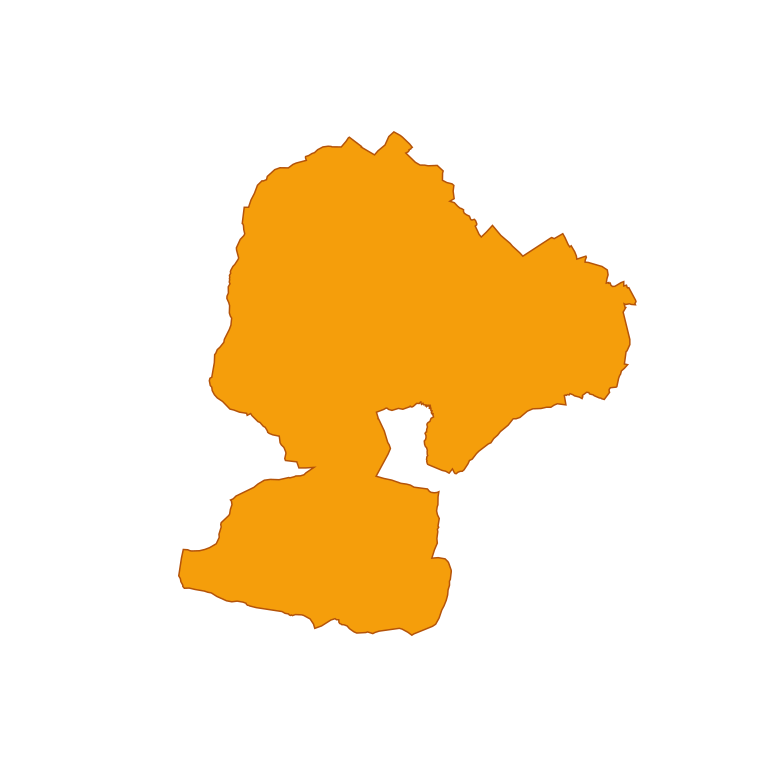 the district of Ulies, Harghita, Romania, rotated 337°
{"feature_id": "2599482B10637984769645", "entity_name": "Ulies", "entity_type": "district", "adm_level": 2, "iso_a3": "ROU", "parent_name": "Romania", "parent_adm1": "Harghita", "projection": "natural_earth1", "projection_center": [25.262, 46.196], "detail": "fine", "context": "isolated", "style": "filled", "palette": "amber", "viewbox_px": 768, "rotation_deg": 337, "n_neighbors": 0, "source": "geoboundaries", "source_scale": "gbopen_adm2", "svg_char_len": 6171}
<svg xmlns="http://www.w3.org/2000/svg" viewBox="0 0 768 768"><g transform="rotate(337 384 384)"><path d="M615.8,461.4L613.1,459.5L619.4,448.9L620.7,448.4L625.7,443.8L627.7,439.0L632.2,411.3L636.4,408.1L635.8,407.8L636.4,404.0L637.4,405.2L641.4,406.1L642.6,407.3L646.4,409.3L646.4,408.0L648.1,406.7L648.3,405.3L647.0,391.0L645.8,390.7L645.6,390.3L645.8,387.8L643.0,387.4L644.7,383.4L641.8,383.3L634.7,384.3L632.4,383.5L631.4,381.4L631.7,379.5L630.2,379.1L630.5,378.4L628.0,378.0L630.2,374.4L632.9,371.1L634.1,366.3L630.6,361.0L619.5,351.9L616.7,350.4L617.6,348.6L619.8,346.4L619.8,345.2L610.3,344.4L611.1,341.3L611.2,336.8L610.3,329.9L608.6,330.4L608.0,327.7L607.8,319.9L607.3,315.5L597.5,316.7L595.6,314.7L594.2,314.8L561.7,320.6L560.3,316.5L556.1,307.3L555.0,303.8L549.6,292.9L545.8,280.4L537.8,284.1L531.0,286.7L530.0,283.4L529.7,274.3L531.5,273.7L532.0,272.8L532.1,269.4L531.5,267.7L529.1,267.5L528.1,266.5L528.2,262.9L526.0,260.4L524.6,258.1L524.6,256.1L525.3,254.7L523.9,252.8L522.6,251.7L521.2,249.0L519.6,244.6L516.0,241.5L521.0,240.8L523.0,233.5L525.9,228.5L524.8,226.3L520.5,223.1L517.4,219.3L520.3,212.8L521.7,211.0L518.4,203.6L509.9,200.4L506.9,198.4L502.8,196.6L499.5,192.2L494.3,179.9L496.9,179.7L498.4,178.9L498.6,178.1L500.5,178.1L501.1,177.5L502.5,177.2L501.4,173.2L497.5,164.1L496.2,161.7L491.6,155.8L485.1,158.1L478.3,164.4L469.6,167.0L464.8,169.4L455.6,157.0L456.1,156.6L448.5,143.3L447.4,143.5L443.9,145.8L437.3,149.1L428.8,145.4L428.2,144.7L425.5,143.3L420.4,141.9L414.5,142.4L410.4,143.9L407.7,143.7L403.9,144.3L400.7,144.0L400.1,145.1L399.9,147.8L389.5,146.3L386.0,146.3L380.4,147.7L372.7,144.3L367.2,144.0L357.7,147.3L355.7,150.0L352.0,149.9L351.1,149.3L345.2,151.6L339.2,157.9L333.5,162.6L328.4,168.4L324.4,166.7L316.2,180.9L316.7,181.8L316.5,183.4L315.3,186.9L314.5,191.3L313.1,192.6L308.2,194.7L301.3,201.0L300.6,203.2L299.5,211.0L298.8,212.0L293.3,215.7L290.9,216.7L287.6,219.3L286.5,220.5L286.1,222.2L284.2,223.6L283.7,225.5L282.9,226.6L282.7,227.7L281.4,229.7L281.4,231.6L278.6,233.7L276.3,239.5L273.8,241.8L272.8,243.9L272.9,248.4L272.5,251.5L269.4,258.2L269.1,261.5L269.5,263.8L266.1,270.0L263.0,273.3L254.5,280.5L252.9,283.0L247.4,286.0L244.0,287.2L241.1,290.0L239.6,290.8L236.2,298.0L228.1,310.5L226.0,310.7L224.5,312.7L223.5,317.5L224.2,319.6L223.3,323.0L223.7,327.6L225.1,331.7L228.6,337.0L232.4,346.9L235.5,349.2L239.9,353.4L246.1,357.3L245.8,359.4L249.7,359.1L250.1,361.5L253.3,369.4L254.8,370.9L256.4,375.8L257.7,377.4L258.3,381.4L258.1,383.0L259.0,384.6L261.7,387.3L267.2,391.1L265.4,397.5L265.7,399.9L267.1,403.3L267.0,407.9L266.7,409.4L263.5,413.9L263.4,415.9L273.3,421.6L272.9,428.0L278.7,430.5L287.0,433.4L277.4,435.3L274.9,436.3L271.2,435.9L266.8,434.2L265.3,434.3L260.6,433.6L259.9,432.9L250.0,431.1L242.1,427.4L236.2,425.8L228.9,426.8L223.9,428.3L204.0,429.3L200.2,430.8L197.4,430.8L197.8,432.3L196.9,435.7L193.6,439.4L191.1,443.4L189.7,444.4L180.0,448.0L178.8,449.6L178.3,452.0L173.4,457.8L172.4,460.8L167.2,465.5L159.5,466.5L154.5,466.3L149.0,465.4L141.8,462.6L140.3,461.7L138.6,459.9L134.6,457.9L129.6,465.0L120.1,480.4L120.5,483.6L119.8,486.6L120.2,490.5L119.7,491.8L120.4,494.0L124.9,495.7L129.8,499.3L137.7,504.4L140.4,506.8L143.4,508.8L147.1,514.2L154.3,522.0L158.8,525.0L164.0,526.5L169.0,529.7L171.4,532.0L171.3,533.1L171.9,534.3L173.0,535.0L173.6,535.8L179.0,539.9L201.2,553.6L203.3,556.4L206.3,558.4L206.6,559.6L207.5,560.5L208.6,560.5L209.2,561.4L212.3,561.6L218.0,564.3L219.6,565.6L224.2,571.4L225.3,577.4L224.8,581.9L232.0,582.3L242.9,580.5L247.3,580.9L248.1,582.4L250.2,583.3L249.4,585.8L249.7,587.2L250.5,587.9L251.1,589.0L253.1,590.0L255.5,592.3L256.6,595.7L259.5,600.4L261.6,602.6L270.2,605.7L272.0,605.8L276.2,609.4L278.7,609.2L283.0,609.6L302.7,614.9L304.9,616.7L309.0,621.9L311.5,626.1L313.8,625.7L334.0,626.0L337.7,625.3L343.2,621.0L348.9,614.6L352.5,611.7L356.8,607.4L360.2,603.0L362.5,598.6L365.7,594.8L367.2,591.1L368.7,589.8L372.6,583.0L373.1,581.6L373.6,574.0L373.4,572.5L371.9,568.8L366.0,565.0L360.0,563.0L365.6,556.4L370.9,551.3L372.3,546.9L375.8,541.0L376.4,538.5L378.4,537.2L378.2,535.9L382.3,529.4L382.1,525.3L382.8,521.4L384.9,517.9L386.4,516.3L389.7,508.9L392.4,504.6L390.6,504.6L387.8,503.8L384.8,502.0L383.8,500.4L383.0,497.6L371.3,490.7L368.8,487.4L365.7,485.0L360.7,482.0L353.6,475.5L347.0,470.9L340.7,465.8L360.4,450.1L364.7,445.9L365.0,442.1L364.6,439.2L365.9,427.4L365.4,414.1L364.9,413.6L365.4,412.7L366.0,407.0L373.8,407.3L376.5,407.0L377.5,407.6L378.2,409.1L381.0,411.4L387.7,412.1L391.5,414.6L398.6,415.0L399.4,414.6L399.8,415.0L399.9,415.6L400.8,416.1L402.3,416.0L406.5,414.6L408.9,415.7L410.5,414.8L411.0,415.1L410.7,415.5L410.6,417.4L412.3,417.0L412.3,418.5L414.4,419.7L413.9,420.3L414.9,420.5L414.3,420.7L414.3,421.4L415.3,420.9L415.8,421.5L418.1,421.5L418.1,422.0L416.9,421.9L417.0,422.6L417.8,423.1L417.7,424.2L417.3,424.1L416.9,423.2L416.2,423.9L417.4,425.4L416.8,426.9L417.7,427.5L416.3,429.0L416.7,430.8L417.4,430.2L417.6,430.4L417.1,431.2L416.7,433.7L413.9,434.0L411.6,436.4L409.5,436.7L408.3,437.3L407.6,438.2L407.2,440.6L405.6,442.4L404.4,444.8L403.5,444.7L402.5,445.5L402.5,447.9L401.7,449.8L400.5,451.4L398.8,452.2L397.8,455.4L397.7,457.9L398.3,459.0L398.0,462.0L397.5,462.6L396.3,465.7L396.3,466.9L395.0,467.8L393.6,470.2L393.6,471.4L393.1,471.9L392.8,473.7L392.8,474.9L393.5,475.8L403.8,486.3L406.7,488.4L409.1,491.5L413.8,488.9L414.1,493.2L414.5,494.2L415.5,494.8L417.5,494.1L420.1,494.2L422.0,494.9L424.1,494.3L430.1,490.3L432.8,487.8L435.9,487.6L441.9,484.2L445.1,482.9L456.7,479.9L459.4,479.9L463.7,477.1L468.7,475.4L472.5,473.3L482.2,470.4L488.9,466.7L489.7,466.6L491.9,467.6L496.1,467.9L505.4,465.0L511.3,465.0L519.0,467.9L524.6,468.9L528.5,470.6L532.4,469.9L535.8,469.9L543.3,474.3L545.5,465.0L546.8,465.1L547.4,465.7L548.6,465.3L550.2,466.4L551.4,465.5L553.6,467.6L554.7,469.3L558.7,472.4L560.6,474.8L562.0,473.4L561.8,472.6L562.4,472.0L567.3,470.8L569.2,471.9L569.3,473.4L572.3,475.7L572.9,476.9L576.8,481.0L578.1,481.7L578.5,482.5L580.7,484.3L588.4,479.8L588.5,478.4L589.1,477.0L590.9,475.9L596.5,477.6L597.3,477.4L602.3,470.3L604.4,468.1L605.4,467.6L607.7,464.7L611.4,463.5L615.8,461.4Z" fill="#f59e0b" stroke="#b45309" stroke-width="1.5"/></g></svg>